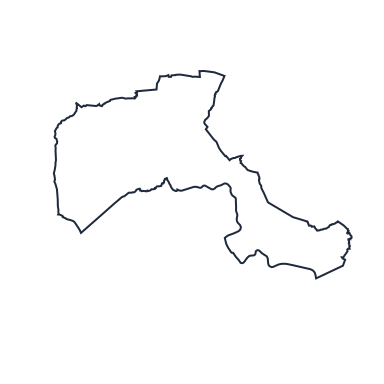 the district of Tingüindín, Michoacán, Mexico, rotated 159°
{"feature_id": "50627088B1844549106246", "entity_name": "Tingüindín", "entity_type": "district", "adm_level": 2, "iso_a3": "MEX", "parent_name": "Mexico", "parent_adm1": "Michoacán", "projection": "orthographic", "projection_center": [-102.513, 19.806], "detail": "fine", "context": "isolated", "style": "outline", "palette": "slate", "viewbox_px": 384, "rotation_deg": 159, "n_neighbors": 0, "source": "geoboundaries", "source_scale": "gbopen_adm2", "svg_char_len": 6023}
<svg xmlns="http://www.w3.org/2000/svg" viewBox="0 0 384 384"><g transform="rotate(159 192 192)"><path d="M310.3,193.6L287.0,202.2L268.8,209.0L259.5,212.3L258.5,212.4L256.7,212.3L251.3,214.0L248.5,213.0L247.5,213.0L246.5,212.5L244.9,212.7L244.3,213.0L243.1,214.0L240.2,214.0L239.6,213.8L239.3,213.0L239.9,212.0L239.1,211.5L238.5,210.7L237.1,210.5L235.9,209.8L234.8,209.4L234.4,209.0L234.0,208.8L233.6,208.8L233.1,209.3L232.2,208.6L231.1,208.4L230.0,208.5L228.9,209.1L227.7,208.6L226.7,208.3L226.2,208.5L225.7,208.2L225.2,208.3L225.0,209.0L224.5,208.8L224.2,208.8L224.1,209.2L222.6,209.8L220.4,209.0L218.6,208.7L217.2,210.5L216.4,210.3L216.3,210.8L215.4,210.5L214.6,211.0L214.6,211.4L213.9,212.7L213.3,212.9L212.6,214.0L211.6,213.7L211.2,214.0L210.5,214.0L210.4,213.3L210.8,212.4L210.8,212.0L210.3,210.6L210.1,209.0L210.2,208.1L209.7,206.1L209.9,205.7L209.7,204.9L209.7,203.7L208.9,200.8L206.8,198.7L206.1,198.5L205.8,198.5L205.2,198.9L204.8,199.6L203.5,198.1L202.2,197.3L201.0,196.9L188.1,196.1L186.3,195.4L183.1,193.1L182.6,192.9L181.3,192.9L179.4,193.8L178.1,193.6L177.3,193.0L172.9,187.7L172.1,187.2L171.1,186.9L169.2,187.2L168.1,187.8L167.0,188.1L165.5,188.2L162.8,187.9L158.9,188.3L158.3,188.2L157.0,187.6L156.3,186.9L155.7,186.0L154.7,183.4L154.5,182.4L154.5,181.7L155.0,180.8L155.8,178.8L156.0,177.0L155.8,175.1L155.4,174.0L153.5,171.1L153.5,170.1L156.5,161.4L157.4,159.3L157.8,157.0L157.7,155.2L158.0,154.1L159.8,151.0L160.4,149.3L160.4,147.3L158.9,143.6L159.0,141.5L160.4,139.6L162.1,138.9L163.8,138.6L168.4,138.4L173.7,138.5L175.2,138.2L177.8,137.4L178.0,136.3L178.6,131.4L178.3,127.3L177.0,121.6L176.6,121.0L175.4,120.5L174.3,115.8L172.7,111.5L172.0,108.5L171.5,108.0L170.3,107.5L169.3,107.6L167.4,108.5L166.3,109.4L163.6,111.0L161.6,111.7L160.5,111.7L157.1,110.7L156.1,110.8L155.3,111.2L154.9,111.6L153.8,113.6L153.2,114.0L152.3,114.2L151.4,114.1L150.7,113.7L150.0,112.7L148.9,110.2L147.2,107.7L145.5,105.5L145.2,104.8L145.1,102.8L146.1,99.5L146.6,97.2L146.6,95.9L145.6,94.2L144.6,93.4L143.3,93.0L137.5,93.3L135.0,93.0L133.3,92.6L130.5,91.5L128.7,90.5L124.5,87.8L109.0,77.4L107.1,75.2L106.4,73.2L106.3,72.3L106.4,70.7L107.1,66.9L77.5,69.1L73.3,73.9L74.3,75.0L74.6,75.7L74.8,76.0L75.2,76.0L75.5,77.3L74.2,76.8L68.8,80.4L68.1,80.9L67.7,82.6L66.4,83.1L65.2,82.5L64.7,84.8L64.5,85.1L64.0,85.1L64.1,86.7L63.8,87.0L64.0,88.2L63.2,88.7L63.1,89.7L62.9,90.1L63.2,90.9L63.0,91.8L62.0,91.7L61.1,91.2L60.9,91.9L59.6,91.9L59.1,92.8L59.0,93.9L59.6,95.1L59.7,97.2L61.6,97.4L61.9,97.9L61.6,98.4L60.6,98.5L60.2,99.0L60.5,99.0L60.5,99.5L59.9,101.4L60.1,101.4L62.4,106.5L66.4,112.3L67.0,112.1L67.2,111.7L68.5,111.8L69.3,111.4L71.0,111.3L72.1,111.5L72.7,111.8L73.2,111.4L74.5,111.4L74.8,111.7L75.7,111.3L77.0,110.2L78.1,110.2L79.8,109.7L81.6,110.3L82.8,110.3L83.1,110.1L83.6,110.3L84.3,110.3L85.5,110.7L86.2,110.5L87.4,110.6L87.9,111.0L88.9,111.0L89.1,111.3L89.2,112.4L89.9,113.5L90.0,115.3L90.2,116.1L91.3,116.2L92.1,116.9L92.4,116.6L92.6,116.6L92.8,117.0L92.8,117.5L93.2,118.2L94.8,118.6L94.9,120.2L94.7,120.5L94.8,121.2L94.7,122.6L95.3,123.1L95.1,123.3L106.7,132.3L124.8,155.1L125.3,165.8L125.8,169.9L125.8,171.2L125.2,172.6L125.2,173.2L125.8,175.5L125.3,179.0L124.9,179.8L124.2,180.1L124.2,181.0L123.8,182.0L124.0,183.6L123.7,184.3L124.1,185.6L123.8,186.6L127.3,188.7L130.2,190.9L131.9,192.3L132.5,193.3L133.2,195.9L134.3,197.6L135.0,199.2L135.4,200.9L136.2,201.5L135.9,202.4L135.1,203.4L135.7,204.2L135.5,205.5L135.3,205.8L134.2,206.0L133.9,206.7L133.7,207.0L132.2,207.8L133.4,208.2L137.8,208.6L139.9,208.4L141.3,208.9L144.2,208.8L145.5,208.2L147.3,213.5L148.1,213.5L150.3,220.1L151.1,223.9L151.0,225.0L151.2,229.9L151.5,230.7L152.8,233.1L156.6,245.6L154.2,247.2L155.6,250.9L155.8,252.0L155.4,253.0L154.3,254.2L153.7,254.7L151.8,255.3L149.2,256.7L148.8,257.3L147.3,261.5L144.5,262.5L144.3,262.7L144.2,263.3L143.9,263.6L143.3,263.5L142.5,264.2L142.2,264.7L141.5,264.7L141.0,265.0L139.3,267.9L137.1,272.1L136.3,272.9L136.2,273.3L136.3,273.6L136.1,273.7L136.0,274.2L135.4,274.9L134.9,275.0L135.0,275.5L133.5,276.7L132.6,276.5L131.3,277.3L126.5,282.5L123.3,285.3L120.1,288.7L128.2,295.7L136.3,300.1L139.2,301.4L139.7,301.4L141.7,302.2L143.4,296.6L148.1,298.7L150.4,299.4L151.3,300.3L160.8,305.8L164.4,307.0L165.7,307.3L166.0,307.3L166.0,307.2L169.4,308.2L170.3,307.0L172.5,307.9L172.2,309.6L174.7,309.5L178.3,310.6L180.4,311.5L181.9,309.2L183.0,307.8L185.8,305.8L188.4,300.4L207.3,305.8L207.2,305.6L207.6,305.3L207.5,304.8L207.7,304.3L208.1,304.2L208.4,304.7L209.2,304.7L209.0,304.0L208.5,303.4L208.4,302.5L208.8,302.0L208.8,301.6L209.2,301.6L209.6,301.8L210.2,301.2L211.4,301.3L211.4,300.8L211.0,300.3L212.0,299.8L214.3,301.0L215.3,301.2L217.2,302.0L219.4,302.7L220.4,302.9L223.6,305.1L231.1,306.8L233.0,306.9L234.9,307.3L235.6,307.0L235.9,306.4L238.1,306.4L241.3,306.2L241.8,305.8L242.6,305.9L242.9,305.6L243.4,305.6L243.8,305.4L244.3,305.4L245.1,304.5L245.4,304.4L247.5,306.2L247.2,306.4L247.2,307.3L247.9,306.9L248.3,307.0L249.6,306.6L250.6,306.6L259.3,310.9L260.2,310.4L261.1,310.4L261.9,311.4L264.8,310.8L268.4,317.1L268.3,314.6L268.5,313.7L269.4,312.2L269.3,311.4L269.5,311.1L270.0,310.8L270.5,310.1L271.0,309.0L273.0,307.8L274.2,306.7L275.0,306.6L275.7,306.2L276.7,306.0L278.9,306.4L280.1,305.7L282.1,305.9L283.4,305.3L284.3,305.1L285.3,304.6L287.0,305.1L287.6,305.1L288.8,304.7L289.3,304.3L289.5,303.3L290.0,303.1L291.4,303.3L292.6,302.7L293.4,302.1L293.9,301.5L294.3,300.5L295.0,300.4L295.8,300.0L298.2,297.9L298.3,296.4L298.7,295.1L299.3,294.0L300.4,293.0L300.6,292.5L300.5,291.4L299.5,290.3L299.8,287.2L300.7,285.7L302.2,285.0L303.0,284.2L303.5,281.9L304.6,279.5L307.6,270.4L308.7,268.7L310.0,265.7L311.9,262.4L314.4,258.7L314.5,256.8L315.5,252.5L316.2,251.9L316.8,251.0L316.6,249.0L317.1,243.0L320.0,233.2L322.3,226.9L323.0,223.5L323.9,221.4L324.2,219.7L325.0,219.0L323.5,218.2L321.9,216.6L321.2,215.4L321.6,214.9L319.4,212.7L319.2,212.1L318.4,211.5L317.8,210.8L317.1,210.5L315.6,209.4L313.7,207.8L312.8,206.7L312.2,205.0L310.7,198.3L310.4,196.2L310.3,193.6Z" fill="none" stroke="#1e293b" stroke-width="2"/></g></svg>